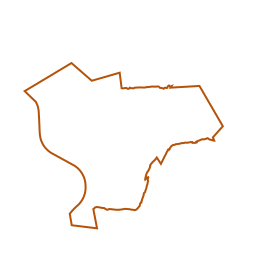 Tholen, Zeeland, Netherlands, rotated 158°
{"feature_id": "6326949B94220918271569", "entity_name": "Tholen", "entity_type": "district", "adm_level": 2, "iso_a3": "NLD", "parent_name": "Netherlands", "parent_adm1": "Zeeland", "projection": "albers", "projection_center": [4.074, 51.57], "detail": "fine", "context": "isolated", "style": "outline", "palette": "amber", "viewbox_px": 256, "rotation_deg": 158, "n_neighbors": 0, "source": "geoboundaries", "source_scale": "gbopen_adm2", "svg_char_len": 4886}
<svg xmlns="http://www.w3.org/2000/svg" viewBox="0 0 256 256"><g transform="rotate(158 128 128)"><path d="M88.5,156.6L89.6,157.2L90.3,157.5L90.6,157.6L90.9,157.6L92.1,157.9L92.3,157.9L92.5,158.0L93.0,158.2L93.4,158.3L93.8,158.4L94.1,158.4L94.3,158.5L95.3,158.9L95.4,159.0L96.2,159.0L96.5,159.0L97.1,159.2L97.7,159.4L98.6,159.8L101.2,160.9L102.1,161.3L102.6,161.5L103.4,161.7L104.7,162.2L106.6,162.8L106.8,162.9L107.8,162.6L108.0,162.7L109.1,163.3L110.0,163.6L110.4,163.9L110.9,164.5L111.1,164.7L111.4,164.6L111.6,164.5L111.8,164.4L112.2,164.2L112.4,164.1L112.6,164.1L112.9,164.2L113.1,164.2L113.4,164.3L113.5,164.4L113.6,164.5L114.0,165.0L114.2,165.3L114.5,165.7L114.7,165.8L115.0,165.9L115.7,166.1L116.0,166.2L117.9,166.6L118.1,166.7L118.3,166.8L118.9,167.2L119.0,167.3L115.0,182.4L143.9,185.4L156.1,209.4L201.7,202.2L210.0,200.9L203.6,186.6L203.5,184.5L203.5,182.9L203.6,181.3L203.9,179.7L204.2,178.1L204.7,176.6L205.2,175.0L206.8,170.5L206.8,170.3L211.6,156.8L212.1,155.2L212.5,153.7L212.8,152.1L213.1,150.5L213.2,148.9L213.2,147.3L213.1,145.7L212.9,144.1L212.6,142.5L212.2,140.9L211.6,139.4L211.0,137.9L210.3,136.5L209.5,135.1L208.6,133.7L207.6,132.5L193.3,115.0L192.3,113.8L191.3,112.5L190.5,111.1L189.7,109.7L189.1,108.2L188.5,106.7L188.1,105.1L187.7,103.5L187.5,102.0L187.4,100.3L187.3,98.7L187.4,97.1L187.6,95.5L187.9,93.9L188.3,92.4L188.8,90.8L189.4,89.3L190.0,87.8L190.7,86.4L191.5,85.0L192.4,83.6L193.4,82.4L194.5,81.2L195.6,80.0L196.8,79.0L198.1,78.0L199.5,77.1L200.9,76.3L202.3,75.6L203.8,75.0L205.3,74.5L208.3,73.3L211.2,71.9L212.6,71.1L214.1,70.4L216.6,58.9L194.3,46.6L190.5,65.8L190.2,65.8L188.2,66.7L186.5,66.4L185.0,65.6L183.1,64.4L181.8,63.5L180.2,62.8L180.0,62.6L179.9,62.5L179.5,61.7L179.3,61.5L179.1,61.2L178.1,60.1L177.6,59.8L176.9,59.9L176.1,60.0L175.0,59.5L174.3,59.2L172.2,58.0L171.6,57.7L170.1,56.9L169.0,56.3L165.8,55.2L161.0,54.1L159.7,53.5L159.2,53.2L157.1,52.2L156.5,51.8L155.4,51.0L154.3,50.5L153.7,50.1L153.2,49.8L152.6,49.4L152.3,49.2L152.1,49.2L150.3,49.3L150.2,49.4L148.4,50.3L146.2,51.5L145.4,53.0L145.1,53.3L143.8,54.1L143.6,54.3L143.4,54.1L142.5,55.4L142.0,55.9L141.5,56.7L140.4,57.9L139.9,58.5L138.8,59.6L138.4,60.4L137.5,61.7L136.4,62.0L135.8,62.6L135.4,63.3L134.7,64.0L134.2,64.5L133.7,65.2L133.4,65.5L133.0,66.1L132.7,66.6L132.4,67.1L132.3,67.3L132.2,67.4L132.1,67.5L131.1,68.5L130.7,69.1L130.2,70.0L130.1,70.3L129.9,70.6L129.3,71.1L129.2,71.3L129.2,71.6L129.2,71.9L129.0,72.8L128.9,73.0L128.8,73.3L128.7,73.5L128.0,74.2L127.9,74.3L127.8,74.5L127.7,74.7L127.7,74.8L127.8,74.8L128.9,75.0L129.1,74.9L129.5,74.8L129.7,74.7L129.8,74.6L130.4,74.2L130.6,74.1L131.0,73.9L131.4,73.7L131.4,73.8L130.8,74.9L130.6,75.1L130.1,75.7L129.7,76.5L129.1,77.3L128.8,77.6L128.4,78.1L127.9,78.6L127.5,79.2L127.3,79.3L126.9,79.6L126.2,80.2L125.5,80.5L124.8,81.1L124.2,81.6L123.7,82.0L123.1,82.6L122.8,82.9L122.5,83.1L122.4,83.3L122.3,83.6L122.2,83.9L121.7,84.3L121.5,84.5L121.4,84.7L121.1,85.1L121.2,85.3L121.0,85.5L120.8,85.7L120.6,85.8L120.3,86.0L120.0,86.1L119.1,86.5L118.4,86.9L118.0,87.2L117.8,87.3L117.6,87.3L117.1,87.5L116.8,87.6L116.6,87.6L116.3,87.8L115.9,88.0L115.6,88.1L114.9,88.3L114.6,88.5L114.4,88.6L114.1,88.8L113.7,89.0L112.7,89.6L112.4,89.8L110.9,82.4L108.2,84.8L107.1,85.8L106.1,86.6L105.7,87.1L103.8,88.6L102.7,89.6L101.4,90.8L100.7,91.5L99.9,91.9L99.7,92.0L99.4,92.6L99.1,92.8L98.8,93.0L98.7,93.0L97.8,93.1L97.7,93.0L97.6,92.9L97.6,92.7L97.4,92.8L97.1,93.2L96.4,93.8L94.3,95.1L93.5,95.1L92.6,95.4L92.4,95.3L92.1,95.3L91.4,95.0L90.7,94.9L89.7,95.1L88.7,94.7L87.9,94.6L86.7,94.2L86.1,94.1L84.9,94.0L84.5,93.9L84.2,93.9L83.3,93.7L83.0,93.6L82.6,93.4L82.0,93.2L81.4,93.1L80.8,93.1L80.6,93.1L80.3,93.0L79.7,92.7L79.3,92.4L79.0,92.3L78.6,92.2L78.2,92.0L77.0,91.8L75.9,91.6L75.1,91.4L74.2,91.1L73.9,90.9L73.7,90.9L73.6,90.7L73.9,90.4L74.0,90.4L73.6,90.0L73.5,89.9L72.1,89.4L71.7,89.2L70.9,89.0L70.4,88.9L70.2,88.9L69.8,88.9L69.7,88.9L69.7,89.0L69.7,89.3L70.2,89.4L70.2,89.5L69.8,89.7L69.1,89.8L68.5,89.8L67.7,89.8L66.6,89.7L64.9,89.8L63.7,89.8L63.3,89.8L62.3,89.1L62.2,89.1L59.6,88.7L59.4,88.7L59.2,88.7L58.5,88.9L58.4,88.9L58.2,88.8L57.9,88.7L57.3,87.6L57.0,87.2L56.8,86.9L55.9,86.3L55.6,86.1L54.4,85.1L53.9,84.6L52.8,84.0L52.8,87.5L39.4,94.1L46.0,140.2L73.5,149.5L72.1,150.5L72.3,150.5L72.9,150.5L73.2,150.6L73.4,150.6L73.5,150.8L73.6,151.0L73.8,151.3L73.8,151.5L74.0,152.0L74.4,152.1L74.9,151.9L75.3,151.7L75.5,151.5L76.1,151.1L76.5,150.7L76.8,150.5L77.1,150.6L77.4,150.7L77.5,150.9L77.7,151.1L78.0,151.2L78.2,151.3L78.4,151.4L78.7,151.5L78.8,151.5L79.1,151.5L79.3,151.4L79.7,151.2L80.1,151.1L80.4,151.2L80.5,151.2L80.6,151.4L80.9,151.8L81.2,152.0L81.4,152.2L81.7,152.4L81.9,152.5L83.3,153.3L83.5,153.6L83.6,154.1L83.8,154.5L84.0,154.8L84.2,155.0L84.3,155.1L84.5,155.2L85.0,155.4L85.2,155.5L85.5,155.6L86.2,155.7L86.6,155.8L86.9,156.0L87.4,156.3L87.6,156.3L87.9,156.4L88.0,156.5L88.5,156.6Z" fill="none" stroke="#b45309" stroke-width="2"/></g></svg>